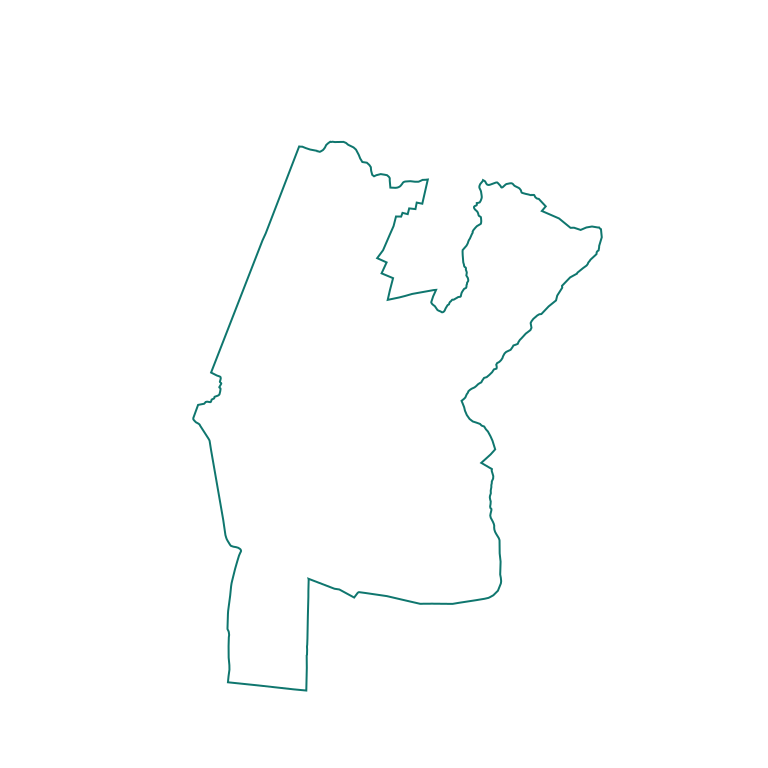 outline of San Lucas Tecopilco, Tlaxcala, Mexico, rotated 247°
{"feature_id": "50627088B19977946929791", "entity_name": "San Lucas Tecopilco", "entity_type": "district", "adm_level": 2, "iso_a3": "MEX", "parent_name": "Mexico", "parent_adm1": "Tlaxcala", "projection": "albers", "projection_center": [-98.249, 19.488], "detail": "fine", "context": "isolated", "style": "outline", "palette": "teal", "viewbox_px": 768, "rotation_deg": 247, "n_neighbors": 0, "source": "geoboundaries", "source_scale": "gbopen_adm2", "svg_char_len": 6166}
<svg xmlns="http://www.w3.org/2000/svg" viewBox="0 0 768 768"><g transform="rotate(247 384 384)"><path d="M164.8,207.3L169.4,209.4L172.4,210.5L174.1,211.5L179.7,214.1L199.6,223.0L217.6,231.2L223.4,233.7L233.5,238.3L234.2,238.4L214.9,258.4L212.3,262.6L199.1,273.1L202.1,278.3L202.2,279.6L198.9,285.2L187.6,303.8L176.0,319.7L167.6,331.3L163.0,342.4L154.8,361.2L153.3,367.5L149.1,384.0L147.0,392.7L146.3,396.6L146.4,398.4L146.8,402.1L149.2,408.1L154.7,413.6L156.7,414.8L159.9,415.8L163.2,416.5L174.9,421.9L182.9,424.3L194.8,429.2L195.9,429.4L197.5,429.4L202.2,428.7L204.5,428.5L206.8,428.7L208.8,429.3L210.5,430.1L212.3,430.4L214.7,430.4L219.2,430.0L221.4,430.4L223.1,431.5L225.8,433.5L226.9,434.0L228.4,433.5L229.9,433.9L231.9,435.2L234.3,436.4L235.7,436.5L238.0,437.0L239.4,437.7L241.6,439.6L244.2,440.6L247.1,442.5L249.0,443.3L250.5,444.4L252.2,445.2L254.3,447.5L256.5,448.6L259.0,448.9L262.0,449.2L263.5,450.1L273.4,442.7L277.5,454.6L280.4,460.8L289.4,461.7L294.3,461.6L299.6,461.1L302.5,460.1L305.7,459.6L307.6,457.6L309.7,456.8L312.3,454.0L314.8,451.1L318.4,449.1L323.1,448.1L327.8,448.1L331.3,448.7L335.7,448.8L338.2,448.8L339.1,451.9L339.8,453.6L342.2,456.1L343.2,457.8L344.3,458.8L345.0,460.7L345.4,462.8L345.5,466.0L346.0,467.9L347.1,470.7L347.4,472.7L347.5,474.2L348.8,475.8L350.5,478.5L350.2,481.2L351.2,484.5L352.6,488.1L354.5,490.9L354.2,493.5L354.9,494.1L356.5,494.7L357.8,494.8L359.0,496.2L359.3,498.8L360.2,501.1L361.6,503.2L363.0,504.4L365.0,506.9L365.8,509.0L366.0,513.9L367.6,516.5L368.9,518.2L368.7,520.8L368.7,522.8L370.1,524.2L371.5,526.3L372.3,528.3L375.0,534.2L376.4,539.8L378.1,541.7L382.8,542.8L384.1,544.3L385.6,546.9L387.2,551.9L387.5,554.2L386.9,556.2L391.1,565.9L393.7,575.0L397.7,578.0L403.0,585.7L404.8,586.2L409.4,597.0L410.2,604.8L410.9,605.5L412.9,612.5L413.9,616.8L414.9,618.5L415.9,619.4L417.3,622.1L417.7,622.5L420.5,630.3L422.2,631.3L422.9,632.4L423.1,633.7L425.7,635.4L427.0,636.0L434.0,641.8L441.7,644.2L442.8,643.5L444.1,643.1L444.4,642.2L447.7,637.0L449.0,631.5L449.0,625.2L453.6,620.0L454.9,616.7L468.0,609.8L481.6,596.9L484.3,602.3L493.9,598.8L494.9,597.3L496.7,596.3L499.2,596.1L499.6,595.6L499.8,594.7L500.3,594.1L500.3,593.5L500.5,592.9L502.1,590.9L503.5,588.9L505.9,585.9L506.5,585.5L507.1,585.5L508.9,585.7L511.1,585.1L512.0,584.5L514.9,582.0L515.8,581.4L517.7,580.8L518.5,580.3L519.0,579.7L519.5,578.4L520.2,574.9L520.1,573.9L518.8,570.2L518.8,569.6L518.9,569.1L519.3,568.8L521.0,568.6L524.6,567.3L525.3,566.9L525.5,566.4L525.7,565.7L526.0,559.8L526.2,558.4L526.6,557.6L527.4,556.8L527.9,556.6L529.1,556.4L530.6,556.3L531.3,556.1L533.0,554.8L532.2,554.1L530.5,550.8L529.3,549.5L528.1,548.7L527.1,548.5L524.3,548.6L523.2,548.5L519.7,547.6L518.3,547.2L517.4,546.8L516.6,546.2L515.0,544.7L514.1,543.5L513.8,543.0L513.9,541.7L514.3,540.1L512.9,539.6L512.5,539.3L512.3,538.9L512.3,536.9L511.9,536.1L511.3,535.8L510.4,535.7L509.2,535.9L506.8,537.0L505.7,537.3L504.3,537.3L502.3,537.0L501.7,537.1L500.0,538.3L499.0,538.2L496.0,537.2L494.5,536.4L493.7,535.8L493.5,535.0L493.0,531.2L492.1,529.1L490.7,526.4L489.6,525.1L489.1,525.0L488.5,524.6L487.5,523.3L484.3,519.9L483.3,518.4L482.0,517.1L480.8,516.1L479.1,514.0L476.6,508.8L475.3,508.1L471.9,506.8L465.0,504.5L462.3,504.2L461.6,503.9L460.6,503.9L460.1,504.1L459.4,504.6L459.0,504.7L458.4,504.6L457.2,504.0L455.1,503.9L454.1,503.7L451.7,502.2L448.9,502.6L447.2,502.3L446.4,502.0L445.8,501.6L444.8,500.1L443.4,499.3L442.8,498.6L441.5,498.0L440.7,497.4L440.4,497.0L440.3,495.3L440.1,494.6L438.2,491.8L437.3,490.8L434.7,488.9L434.5,488.4L435.0,486.4L435.0,485.5L434.8,484.8L434.7,483.5L434.4,481.3L434.5,480.7L434.8,480.2L434.9,479.7L434.7,479.2L434.0,477.9L433.8,476.9L432.9,475.7L432.2,475.2L431.9,474.8L431.8,473.6L431.6,473.1L431.0,472.3L429.5,470.2L428.2,468.9L427.5,467.9L427.2,467.1L427.1,466.4L427.2,465.8L427.5,465.2L428.6,464.5L430.3,462.8L431.3,462.1L435.8,461.2L437.5,460.2L438.8,459.6L439.8,459.4L440.7,459.4L440.9,459.5L445.5,463.5L447.4,465.6L450.3,468.7L451.0,466.6L455.9,445.1L456.8,437.8L457.7,431.9L460.0,420.3L467.9,426.0L477.9,433.7L486.8,425.0L494.9,433.9L502.5,426.9L507.5,435.4L519.7,448.2L525.6,454.5L533.5,460.5L531.4,465.2L534.3,467.9L531.1,472.2L535.8,475.8L532.7,481.3L538.2,485.0L535.0,489.7L555.1,504.2L555.8,501.9L556.8,499.3L556.7,496.3L556.7,495.0L556.9,494.3L558.0,491.7L560.4,487.5L562.0,482.9L562.2,481.9L562.2,481.2L562.0,480.2L561.0,478.7L559.9,476.6L559.6,475.5L559.5,474.2L559.6,473.0L560.0,471.4L562.3,466.6L569.1,468.8L571.2,469.7L572.7,469.5L575.0,468.4L576.3,466.5L578.5,463.0L579.2,458.5L579.1,456.0L581.1,454.9L585.3,455.5L587.9,456.3L588.7,456.6L591.3,456.1L594.4,454.7L596.8,450.8L600.9,450.2L604.6,450.3L610.7,449.8L613.7,448.4L618.2,444.5L620.8,443.2L622.7,441.3L625.9,433.3L627.1,431.3L627.5,429.7L628.0,429.2L627.5,426.8L626.6,424.2L624.7,422.0L623.6,420.1L623.2,419.2L622.9,417.3L622.8,415.9L623.0,415.3L624.0,414.2L624.3,413.5L624.9,413.3L628.7,407.6L631.6,404.3L634.4,401.5L635.0,400.1L635.8,398.7L575.4,340.3L568.9,334.0L563.6,328.2L462.1,229.3L457.2,233.4L455.3,235.5L454.7,236.0L454.2,236.2L453.6,236.1L452.7,235.8L450.2,233.8L449.7,233.8L448.5,234.4L448.1,234.4L447.8,234.2L446.3,232.3L445.6,231.3L445.3,231.1L444.9,231.2L444.4,231.5L443.8,231.7L443.3,231.6L441.3,230.4L439.4,229.0L438.7,228.4L438.3,227.4L438.2,226.5L438.4,223.1L438.1,222.7L437.4,222.3L437.1,221.9L437.0,219.3L435.3,217.8L435.2,217.4L435.2,216.9L436.9,214.2L437.0,213.3L437.1,212.8L436.3,211.2L436.1,210.7L437.4,204.7L427.1,195.1L425.9,194.7L424.7,195.0L422.3,195.9L419.9,197.8L418.7,198.4L417.3,198.5L402.2,201.1L400.4,201.3L399.6,201.2L391.2,199.1L321.7,182.9L306.9,179.0L304.3,178.7L302.7,178.6L300.6,178.8L297.2,179.3L295.6,179.6L294.8,179.9L293.1,181.8L291.6,184.1L290.2,185.8L288.6,186.9L287.7,187.3L286.9,187.3L286.2,187.2L285.6,186.7L284.7,185.6L282.7,183.5L277.8,179.4L272.0,174.7L261.9,167.1L260.1,165.8L257.5,164.2L249.3,159.7L235.9,151.8L233.1,150.4L220.3,144.5L219.6,144.2L218.8,144.2L217.4,144.3L216.3,144.2L213.5,143.4L211.5,142.2L203.4,138.5L192.8,134.1L185.6,131.8L181.4,130.1L175.7,126.7L170.4,123.8L155.6,150.6L138.3,181.4L132.2,192.7L152.8,202.0L164.4,206.8L164.8,207.3Z" fill="none" stroke="#0f766e" stroke-width="2"/></g></svg>